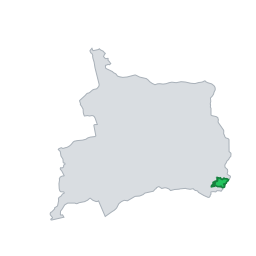 Faradje, Orientale, Democratic Republic of the Congo (highlighted), rotated 77°
{"feature_id": "63176286B94121502354965", "entity_name": "Faradje", "entity_type": "district", "adm_level": 2, "iso_a3": "COD", "parent_name": "Democratic Republic of the Congo", "parent_adm1": "Orientale", "projection": "robinson", "projection_center": [29.876, 3.486], "detail": "fine", "context": "in_parent", "style": "filled", "palette": "green", "viewbox_px": 256, "rotation_deg": 77, "n_neighbors": 0, "source": "geoboundaries", "source_scale": "gbopen_adm2", "svg_char_len": 6567}
<svg xmlns="http://www.w3.org/2000/svg" viewBox="0 0 256 256"><g transform="rotate(77 128 128)"><path d="M209.1,170.1L192.4,173.1L192.7,174.1L192.6,175.3L192.2,176.1L190.5,178.5L187.9,180.6L187.9,181.1L189.2,183.5L190.0,186.8L189.8,192.6L190.2,194.2L190.1,195.4L189.2,196.7L187.6,203.7L188.7,207.0L192.0,210.2L193.9,212.5L197.2,213.4L197.7,213.2L197.9,211.3L200.5,210.5L200.5,222.9L200.3,223.6L199.8,223.8L199.2,223.4L199.0,222.2L198.3,221.7L195.2,223.2L194.4,223.2L193.5,222.9L192.8,222.3L192.7,221.4L190.4,217.7L189.3,217.5L188.1,214.2L183.1,211.9L181.2,211.7L180.2,210.9L179.2,208.4L177.6,206.7L177.2,204.9L176.8,204.7L175.8,205.0L175.0,207.9L173.9,208.6L171.8,208.7L166.7,207.8L163.0,206.3L162.1,206.4L160.6,205.1L160.0,202.9L160.3,201.2L160.1,200.9L154.5,202.3L153.2,203.2L151.9,203.0L151.5,202.5L152.1,201.3L151.8,200.1L151.4,199.5L149.7,199.0L149.2,197.6L148.2,197.4L147.9,197.6L147.6,198.6L147.0,198.9L143.7,198.4L140.2,199.6L135.6,199.3L133.4,200.8L133.1,200.7L132.6,200.0L132.2,197.6L132.4,197.0L133.1,196.5L133.3,195.6L133.1,193.2L133.2,192.6L133.0,191.2L132.3,188.9L131.3,187.1L129.2,184.4L128.8,183.1L128.9,180.0L129.6,175.2L129.5,171.6L128.6,169.3L128.4,166.7L128.9,162.2L128.4,161.1L117.8,160.7L117.4,160.4L117.2,159.8L117.7,157.1L111.2,157.8L109.3,158.3L108.1,159.4L107.7,160.8L107.7,162.7L106.8,164.6L106.5,167.8L104.7,168.1L102.9,168.1L99.5,167.5L96.2,168.4L94.5,169.2L93.7,168.8L90.7,169.1L90.3,168.9L86.8,162.6L85.3,160.5L85.0,159.5L85.1,158.5L84.7,157.2L83.0,154.0L82.7,152.5L82.8,150.2L82.6,149.4L81.1,147.3L80.2,146.7L79.1,146.3L61.9,146.6L56.2,146.2L52.0,146.5L49.9,146.3L49.3,146.0L47.4,146.4L46.4,147.3L44.9,147.7L44.0,147.6L42.2,145.2L44.6,144.8L44.8,144.6L44.9,139.0L44.3,138.2L45.6,137.3L47.7,134.8L49.7,133.9L50.0,133.4L50.4,133.4L51.2,134.5L52.9,135.8L55.1,134.6L55.4,134.3L55.6,131.9L56.2,131.7L57.1,132.2L57.7,132.2L58.6,131.5L61.4,130.3L62.2,131.9L61.5,133.3L61.8,134.2L61.9,135.8L62.4,136.1L64.6,136.3L65.2,135.9L69.6,130.4L70.7,129.8L72.6,127.6L75.0,126.6L76.1,124.9L77.5,121.8L78.1,117.4L77.9,109.7L78.1,108.7L81.0,105.2L84.0,99.0L86.1,97.3L87.6,96.6L90.0,94.4L91.9,92.0L91.6,89.3L92.0,87.0L93.1,84.0L93.4,81.0L93.1,77.7L93.2,75.0L94.7,70.8L94.8,65.9L96.1,61.8L98.6,56.6L99.8,52.7L99.6,48.9L99.9,46.1L99.8,44.4L99.3,43.0L99.6,42.1L100.5,41.7L101.7,40.3L103.9,36.5L106.2,34.7L107.8,34.1L109.4,34.2L110.5,34.5L112.3,36.0L114.3,37.1L115.8,38.6L117.3,40.9L120.8,41.4L122.4,42.2L123.3,42.5L123.7,42.3L124.4,42.4L126.1,43.1L127.4,42.7L134.0,44.2L134.8,43.5L136.7,39.6L138.0,38.2L140.3,38.1L142.1,38.8L143.0,38.8L151.2,35.5L152.2,35.3L155.2,36.1L157.1,35.6L157.9,35.7L159.5,35.1L160.9,32.8L162.0,32.2L173.7,34.8L175.5,33.5L176.3,33.4L178.9,34.3L179.7,35.7L181.3,37.0L182.4,39.0L184.1,40.2L185.0,41.3L186.0,42.0L188.1,42.3L190.8,40.4L192.8,40.6L194.7,41.6L195.3,41.6L196.8,40.5L197.5,39.4L198.3,39.1L199.4,39.6L200.3,40.7L201.1,42.3L204.1,45.8L206.9,47.3L207.6,49.4L208.6,49.2L209.1,49.4L209.9,50.8L210.4,51.1L210.5,51.6L209.8,52.9L209.1,55.4L210.0,56.9L209.2,59.1L208.9,61.4L209.8,61.9L211.0,61.9L212.1,63.1L212.9,63.3L213.8,64.5L213.6,65.6L210.8,69.3L206.6,73.8L205.2,74.3L204.5,75.2L204.0,76.5L202.7,77.6L201.8,78.1L201.7,81.3L200.3,84.7L199.8,85.4L199.0,90.9L199.1,91.9L198.4,96.4L198.5,100.6L196.5,101.9L195.1,104.0L194.5,105.4L194.5,108.8L192.2,110.9L192.0,111.4L192.6,113.8L193.4,114.2L193.5,115.0L195.3,117.6L195.2,125.6L195.3,126.4L196.3,128.3L196.9,131.9L196.2,136.5L198.8,144.9L197.6,148.0L198.2,150.9L199.7,154.0L203.3,157.0L204.2,158.3L205.1,160.0L206.0,162.6L209.1,170.1Z" fill="#d9dde1" stroke="#a8b0b8" stroke-width="1"/><path d="M207.2,49.7L207.4,49.4L207.4,49.2L207.4,48.9L207.5,48.6L207.5,48.0L207.3,47.4L207.1,47.1L206.8,47.2L206.6,47.4L206.4,47.3L206.2,46.9L205.9,47.0L205.7,46.7L205.3,46.4L205.2,46.3L204.9,46.3L204.9,46.1L204.7,46.0L204.4,46.3L204.2,46.3L204.1,46.2L204.1,45.9L204.0,45.4L203.9,45.3L203.9,45.0L203.9,44.7L203.7,44.5L203.3,44.4L203.1,44.3L202.8,44.2L202.7,44.0L202.6,43.6L202.4,43.4L202.1,43.3L202.0,43.2L202.1,42.8L202.1,42.5L201.9,42.3L201.8,42.2L201.5,42.0L201.4,41.9L201.1,42.0L200.9,41.9L200.8,41.7L200.7,41.8L200.7,41.7L200.6,42.0L200.4,42.2L200.4,42.4L200.3,42.5L200.2,42.7L200.0,42.9L199.9,42.9L199.9,43.0L199.7,43.0L199.5,43.4L199.5,43.5L199.5,43.9L199.4,44.0L199.3,44.3L199.3,44.5L199.4,44.8L199.3,45.0L199.2,45.3L198.9,45.5L198.7,45.5L198.3,45.7L198.3,45.8L198.8,46.0L199.0,46.1L199.1,46.5L198.9,47.0L199.0,47.1L199.2,47.3L199.2,47.5L199.3,47.6L199.5,47.7L199.5,47.8L199.4,48.0L199.0,48.3L198.9,48.7L198.8,48.8L198.4,48.9L198.3,48.7L197.9,48.8L197.6,49.0L197.2,49.2L197.2,49.3L197.4,49.5L197.5,49.6L197.6,49.8L197.5,50.0L197.4,50.3L197.3,50.6L197.2,50.8L196.9,50.8L196.7,51.3L196.6,51.6L196.4,51.9L196.5,51.9L196.5,52.0L196.6,51.9L196.6,52.0L196.9,52.2L197.0,52.1L197.4,52.1L197.6,52.2L198.0,52.2L198.0,52.3L198.2,52.2L198.3,52.2L198.4,52.3L198.5,52.4L198.5,52.6L198.4,52.7L198.5,52.7L198.6,52.9L198.7,53.0L198.8,53.0L198.8,52.9L198.9,53.0L199.0,53.0L199.3,53.1L199.3,52.9L199.2,52.9L199.3,52.7L199.5,52.6L199.4,52.5L199.5,52.5L199.7,52.8L199.7,53.0L199.8,53.0L200.0,53.2L200.0,53.3L200.0,53.5L199.9,53.7L199.8,53.8L199.7,53.7L199.4,53.6L199.5,53.8L199.4,53.9L199.4,54.0L199.5,54.4L199.8,54.3L200.0,54.4L200.1,54.6L200.4,54.9L200.5,55.0L200.8,55.3L201.1,55.4L201.3,55.5L201.9,55.6L201.9,55.8L202.0,56.1L202.0,56.3L201.9,56.3L201.9,56.2L201.7,56.1L201.4,55.9L201.2,55.7L200.9,55.6L200.7,55.6L200.5,55.4L200.3,55.1L200.2,55.1L199.9,55.1L199.7,55.1L199.4,55.1L199.4,55.3L199.5,55.4L199.6,55.5L199.8,55.8L199.8,56.0L199.8,56.3L199.9,56.5L199.9,56.8L200.0,56.8L200.1,57.0L200.2,57.4L200.3,57.4L200.7,57.3L200.8,57.3L201.3,57.2L202.0,57.2L202.0,57.3L202.0,57.6L201.9,57.8L201.8,58.0L202.2,58.2L202.2,58.5L202.3,58.7L202.7,59.0L202.8,59.5L203.1,59.7L203.6,59.6L203.6,59.9L203.7,60.0L204.0,60.1L204.2,59.8L204.2,59.2L204.1,58.9L203.9,58.5L204.0,58.2L203.9,58.0L203.7,57.8L203.7,57.7L203.8,57.7L204.2,57.7L204.2,57.4L204.2,57.1L203.8,57.1L203.7,57.1L203.4,57.0L203.3,56.9L203.5,56.8L203.8,56.8L204.0,56.8L204.2,56.6L203.9,56.4L203.9,56.2L203.8,55.9L203.7,55.8L203.6,55.7L203.8,55.3L204.4,54.9L204.6,54.7L204.8,54.3L204.9,54.1L205.3,53.8L205.5,53.6L205.5,53.4L205.4,53.1L205.4,52.9L205.4,52.7L205.5,52.5L205.6,52.2L205.6,51.9L205.6,51.6L205.9,51.8L206.0,51.7L206.1,51.4L205.9,51.3L205.9,51.1L205.8,50.9L205.7,50.7L205.6,50.4L205.7,50.2L205.8,50.2L206.0,50.2L206.4,50.1L206.8,49.9L207.2,49.7ZM204.3,46.7L204.5,46.6L204.8,46.7L204.8,46.8L204.9,47.0L204.8,47.3L204.7,47.4L204.3,47.5L204.2,47.5L204.1,47.3L204.0,47.1L204.1,46.9L204.3,46.7Z" fill="#22c55e" stroke="#15803d" stroke-width="1.5"/></g></svg>